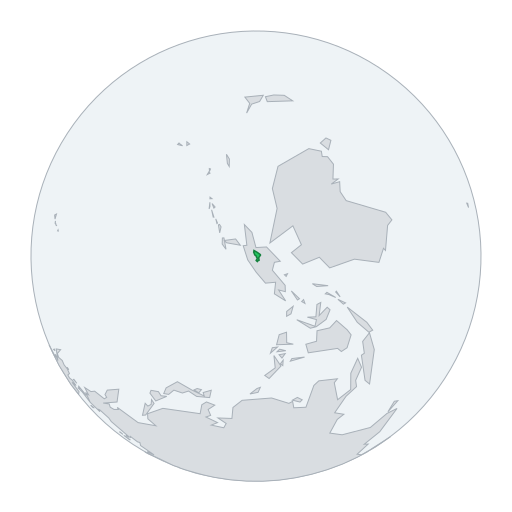 Southern Highlands highlighted on a globe, orthographic projection, rotated 216°
{"feature_id": "PNG-1246", "entity_name": "Southern Highlands", "entity_type": "Province", "adm_level": 1, "iso_a3": "PNG", "parent_name": "Papua New Guinea", "parent_adm1": "", "projection": "orthographic", "projection_center": [143.455, -5.902], "detail": "fine", "context": "on_globe", "style": "filled", "palette": "green", "viewbox_px": 512, "rotation_deg": 216, "n_neighbors": 0, "source": "natural_earth", "source_scale": "10m", "svg_char_len": 6729}
<svg xmlns="http://www.w3.org/2000/svg" viewBox="0 0 512 512"><g transform="rotate(216 256 256)"><circle cx="256" cy="256" r="225" fill="#eef3f6" stroke="#a8b0b8"/><path d="M384.9,300.1L384.9,301.8L384.6,302.0L384.9,300.1ZM371.2,62.4L358.6,56.3L360.5,58.6L354.8,54.9L363.0,63.4L359.0,65.4L359.4,60.4L356.2,58.0L351.4,57.6L347.2,55.1L342.4,53.8L337.8,51.2L338.3,49.2L335.3,47.7L332.1,47.6L325.4,45.5L330.6,45.7L319.4,42.2L318.3,40.0L329.8,43.1L351.0,51.7L371.2,62.4ZM442.1,172.7L440.3,167.7L443.0,170.8L442.1,172.7ZM438.0,164.8L438.9,166.5L437.9,165.1L438.0,164.8ZM436.6,163.9L437.6,164.6L436.6,164.3L436.6,163.9ZM434.8,163.3L435.7,163.4L435.6,163.6L434.8,163.3ZM431.5,160.8L430.6,160.0L431.3,159.7L431.5,160.8ZM362.9,61.2L364.9,61.5L364.4,62.2L362.9,61.2ZM342.6,54.1L343.4,55.0L340.6,54.0L342.6,54.1ZM330.9,49.2L326.1,47.7L331.1,48.8L330.9,49.2ZM323.5,46.6L312.0,43.7L312.7,45.1L304.2,40.2L316.7,43.9L322.7,44.8L321.1,45.3L323.5,46.6ZM301.2,38.3L298.6,37.5L301.5,38.0L301.2,38.3ZM174.9,45.8L176.9,45.1L177.2,44.9L191.4,40.2L191.1,40.3L187.8,41.3L178.2,44.7L169.9,47.9L169.9,48.0L176.7,45.4L188.5,41.1L194.0,39.4L189.0,41.0L191.2,40.3L193.4,39.7L193.7,39.8L199.5,38.0L225.7,33.2L229.0,33.8L221.6,35.2L237.9,34.8L240.4,36.9L242.4,36.0L251.5,36.2L250.9,35.4L252.5,35.1L275.8,37.0L279.8,38.4L292.0,39.7L293.1,39.4L290.8,38.3L304.2,40.2L312.7,45.1L310.0,45.3L317.2,48.9L309.8,49.3L307.1,51.8L294.8,51.3L293.7,53.9L296.7,55.1L297.5,60.1L288.7,67.6L282.6,56.2L293.2,47.2L287.8,50.0L285.1,48.0L280.7,48.4L277.2,50.9L279.2,52.0L253.5,51.9L237.2,59.8L247.8,60.7L251.0,64.7L241.8,78.0L208.5,95.6L212.4,103.8L210.3,108.8L201.7,111.1L204.5,103.7L199.0,100.4L201.9,96.3L189.2,98.6L192.8,92.9L181.1,98.1L181.7,103.0L191.6,102.6L180.0,110.4L185.6,119.9L182.4,131.1L159.9,150.3L142.8,156.1L140.9,159.9L136.2,155.4L126.7,163.0L133.1,185.3L131.8,191.9L118.0,204.5L118.2,199.5L105.5,187.7L100.9,203.6L110.4,216.9L113.6,233.0L105.2,228.0L102.3,214.0L97.9,209.4L100.7,195.4L100.2,175.4L91.9,179.6L94.2,171.6L92.2,156.1L81.2,162.0L62.7,184.5L57.5,205.6L52.3,215.6L52.6,186.6L57.8,167.3L54.7,169.8L57.7,155.1L53.6,157.2L55.8,152.7L63.8,138.4L72.9,124.8L82.9,111.9L93.8,99.7L105.5,88.3L118.1,77.8L131.4,68.3L145.3,59.8L159.9,52.3L174.9,45.8ZM54.3,155.7L50.9,162.7L48.9,168.6L41.0,188.8L47.0,172.0L54.3,155.7ZM112.5,420.1L116.6,422.6L115.7,423.1L112.5,420.1ZM163.9,272.4L170.4,273.7L170.3,274.8L163.9,272.4ZM157.0,268.4L164.3,269.1L156.0,270.7L157.0,268.4ZM167.1,269.3L174.5,267.6L177.7,266.1L177.3,268.3L167.1,269.3ZM152.2,268.3L127.4,267.5L118.0,264.6L119.9,260.7L135.1,261.9L152.2,268.3ZM119.1,260.6L105.3,249.8L88.9,219.2L94.7,219.5L112.4,237.7L111.2,241.0L119.5,249.6L119.1,260.6ZM154.1,241.2L152.9,251.1L138.9,249.9L132.7,248.1L128.4,235.3L130.8,228.9L135.7,229.2L156.8,208.4L163.8,213.9L156.9,222.6L162.7,231.4L154.1,241.2ZM57.7,207.5L58.7,219.8L56.2,222.3L57.7,207.5ZM166.7,194.1L157.3,202.8L166.4,191.1L166.7,194.1ZM172.9,183.1L172.8,187.7L169.9,183.1L172.9,183.1ZM139.4,165.9L134.1,166.8L134.6,163.7L141.8,160.8L139.4,165.9ZM179.8,140.8L177.3,149.4L175.3,152.3L174.2,146.9L179.8,140.8ZM223.2,33.4L228.5,32.6L228.8,32.7L227.7,32.9L223.2,33.4ZM224.6,33.1L226.1,32.7L230.7,32.1L228.6,32.5L224.6,33.1ZM337.6,387.5L342.0,390.4L336.3,396.7L327.6,402.6L317.5,403.1L337.6,387.5ZM263.4,393.6L259.8,384.6L270.4,385.2L268.8,392.6L263.4,393.6ZM343.9,383.1L348.8,376.3L347.6,366.1L350.8,375.8L358.4,378.0L344.6,390.3L343.9,383.1ZM215.6,353.8L176.8,367.6L167.3,365.1L167.5,358.1L154.5,336.6L157.4,337.2L152.8,323.1L174.5,311.3L189.4,289.7L204.0,292.2L213.5,276.9L229.3,279.5L225.9,291.8L243.9,302.1L252.4,274.7L266.9,306.9L282.4,320.2L290.9,341.5L276.4,373.9L264.7,379.2L260.9,375.4L256.5,378.4L247.3,375.8L239.0,363.5L234.8,366.6L237.4,358.4L232.0,365.3L225.7,357.5L215.6,353.8ZM330.3,312.7L333.6,314.1L339.7,320.9L334.5,318.8L330.3,312.7ZM376.9,304.7L379.1,307.8L375.5,307.6L376.9,304.7ZM384.6,302.0L380.2,302.0L384.9,300.1L384.6,302.0ZM343.3,297.0L345.2,299.3L344.0,299.7L343.3,297.0ZM341.9,296.0L343.3,293.2L343.6,296.4L341.9,296.0ZM325.3,276.5L326.9,275.2L327.8,276.6L325.3,276.5ZM180.2,274.4L189.0,267.0L194.1,266.7L180.2,274.4ZM322.4,272.6L317.9,271.6L318.2,270.0L322.4,272.6ZM322.3,268.9L321.6,266.5L324.9,272.4L322.3,268.9ZM313.5,262.3L319.1,267.3L312.9,262.7L313.5,262.3ZM310.4,262.4L306.5,260.0L306.7,259.3L310.4,262.4ZM269.7,259.3L283.9,274.6L273.2,272.7L261.0,262.8L252.8,269.5L233.3,266.0L237.4,261.7L234.4,254.1L215.2,249.4L211.3,244.4L217.8,241.8L205.6,237.1L218.9,236.2L224.7,246.3L232.4,239.6L246.4,243.0L260.4,248.0L272.4,256.8L269.7,259.3ZM219.6,257.2L222.0,257.5L220.1,260.2L219.6,257.2ZM299.0,253.4L304.7,259.1L304.1,260.1L301.4,259.0L299.0,253.4ZM275.0,255.5L287.6,249.4L290.7,250.0L282.5,257.8L275.0,255.5ZM284.2,243.8L290.4,245.8L293.8,250.8L292.6,251.8L284.2,243.8ZM192.3,246.0L191.9,248.7L188.5,246.4L192.3,246.0ZM196.6,244.8L206.9,248.5L195.7,247.0L196.6,244.8ZM167.0,233.8L169.7,240.1L178.5,236.7L171.8,242.0L178.2,252.6L176.3,256.5L169.9,244.9L168.3,256.4L164.5,256.0L162.0,245.9L165.7,234.2L169.6,229.5L185.6,228.4L167.0,233.8ZM196.4,237.2L193.7,229.8L195.8,225.2L198.6,229.2L196.4,237.2ZM186.5,212.3L180.2,203.9L174.0,206.6L187.2,196.3L191.0,206.0L186.5,212.3ZM182.1,194.5L176.2,196.9L182.7,190.9L182.1,194.5ZM175.0,194.2L175.0,188.7L179.3,189.7L175.0,194.2ZM185.1,195.0L187.2,185.9L188.9,191.4L185.1,195.0ZM174.7,176.8L183.0,186.0L171.1,181.6L173.4,164.6L178.7,164.5L174.7,176.8ZM221.6,115.8L221.9,111.6L227.4,111.3L225.7,114.2L221.6,115.8ZM245.7,108.1L229.0,109.9L215.6,112.3L218.5,114.5L213.3,121.1L210.3,114.2L221.5,107.5L231.2,107.1L235.0,101.9L243.6,99.2L245.3,92.7L249.8,90.5L251.2,96.5L245.7,108.1ZM245.7,90.0L251.9,79.8L261.2,82.7L262.0,85.6L255.2,88.9L250.7,87.1L245.7,90.0ZM256.1,78.4L251.8,76.8L251.8,62.5L254.2,60.4L259.1,71.7L255.3,71.0L253.6,74.3L256.1,78.4ZM298.1,37.9L298.5,37.6L300.0,38.2L298.1,37.9ZM252.0,34.7L254.5,34.3L256.2,34.8L252.0,34.7ZM262.3,33.8L258.7,33.5L263.3,33.5L262.3,33.8ZM250.3,33.0L257.6,33.2L249.5,33.4L250.3,33.0Z" fill="#d9dde1" stroke="#a8b0b8" stroke-width="1"/><path d="M251.6,252.3L252.1,252.3L252.4,252.4L252.8,252.4L253.0,252.4L253.3,252.5L253.4,254.4L253.8,255.0L254.9,255.4L255.2,255.5L255.6,255.9L255.9,256.1L256.1,256.2L256.3,256.2L256.8,256.1L257.0,256.1L257.4,256.1L257.7,256.3L257.8,256.4L258.0,256.4L258.2,256.5L260.2,257.8L260.3,258.0L260.2,258.1L259.9,258.2L259.9,258.3L259.9,258.5L260.0,258.7L260.3,258.7L260.3,258.8L260.4,259.0L260.5,259.0L260.8,259.1L260.9,259.3L256.9,259.7L254.2,259.7L253.5,259.7L253.2,259.6L252.9,259.4L252.9,259.2L252.8,256.4L252.8,256.1L252.7,256.0L252.4,255.8L251.1,254.5L251.0,254.4L251.1,254.1L251.4,253.9L251.5,253.7L251.7,253.3L251.7,253.2L251.6,252.9L251.6,252.7L251.6,252.3Z" fill="#22c55e" stroke="#15803d" stroke-width="1.5"/></g></svg>